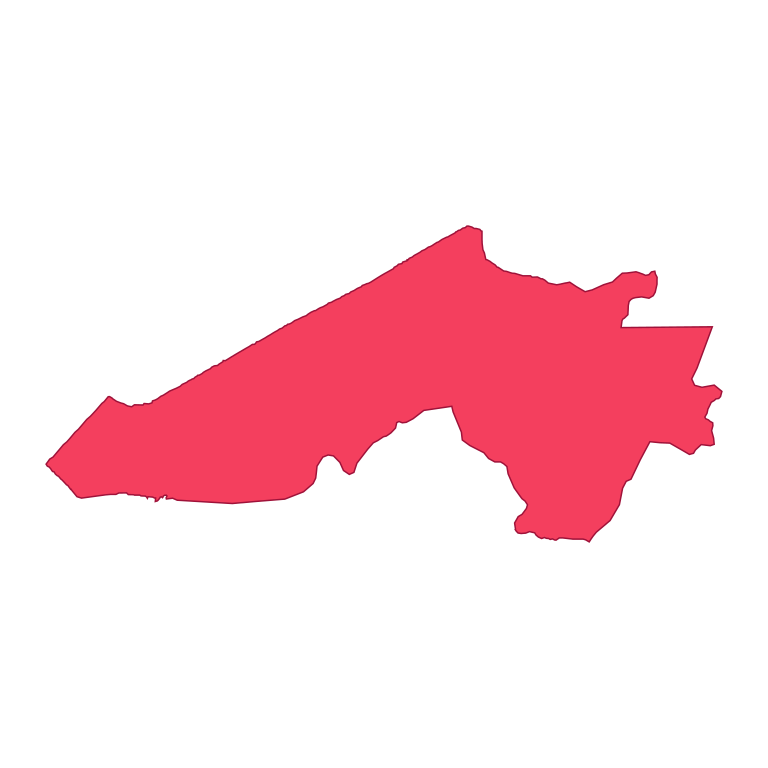 Niafunke, Timbuktu, Mali
{"feature_id": "8926073B8185774675652", "entity_name": "Niafunke", "entity_type": "district", "adm_level": 2, "iso_a3": "MLI", "parent_name": "Mali", "parent_adm1": "Timbuktu", "projection": "natural_earth1", "projection_center": [-4.268, 15.872], "detail": "fine", "context": "isolated", "style": "filled", "palette": "rose", "viewbox_px": 768, "rotation_deg": 0, "n_neighbors": 0, "source": "geoboundaries", "source_scale": "gbopen_adm2", "svg_char_len": 5589}
<svg xmlns="http://www.w3.org/2000/svg" viewBox="0 0 768 768"><path d="M714.2,385.1L702.0,387.3L694.6,385.3L691.7,378.9L697.0,368.1L712.3,326.8L621.1,327.6L622.0,320.6L622.9,319.0L624.4,318.1L627.9,314.7L628.0,312.1L628.1,310.7L628.3,305.5L629.1,301.5L631.0,299.4L632.9,298.3L635.5,297.6L641.6,296.9L647.9,298.0L649.0,298.2L653.2,295.7L655.2,292.2L657.0,284.2L657.0,280.3L657.1,277.3L655.8,274.8L655.4,274.0L654.8,271.2L651.5,271.9L651.0,272.4L648.9,274.7L645.6,275.4L643.4,274.4L642.8,274.1L640.7,273.4L639.2,272.8L636.0,271.8L627.0,273.0L622.3,273.2L616.5,278.2L612.5,282.0L603.7,284.7L592.2,289.9L585.1,291.7L578.5,287.9L576.3,286.6L569.7,282.2L565.5,283.1L565.4,283.0L560.1,284.2L556.7,284.8L552.4,283.9L548.3,283.1L544.9,280.2L542.4,278.8L541.0,278.8L537.5,277.0L532.2,277.2L530.5,275.8L522.9,275.8L514.8,273.4L512.1,273.2L509.5,272.4L506.6,271.4L505.2,271.2L503.7,271.0L501.3,269.4L498.1,267.3L497.1,267.2L495.5,265.3L495.0,264.8L492.1,263.0L489.9,261.3L487.1,259.8L485.8,259.5L484.4,253.0L482.9,249.7L482.7,248.0L482.4,245.5L482.1,243.1L482.1,241.9L482.0,239.8L482.0,233.2L482.0,231.2L481.1,230.9L480.9,230.7L480.5,230.2L479.8,229.4L477.8,228.9L476.2,228.5L474.2,228.5L472.0,227.1L468.6,226.1L466.9,226.1L465.3,227.6L462.7,228.2L460.3,230.0L458.4,230.4L456.5,231.8L455.8,231.9L454.9,233.0L450.2,235.5L447.7,237.0L446.6,237.2L442.1,239.4L440.6,240.4L438.4,242.0L437.0,242.4L433.7,244.5L432.1,245.6L430.2,246.6L428.4,247.1L425.0,249.5L421.9,250.8L420.1,252.2L416.2,254.4L415.7,254.6L414.0,255.6L413.4,256.1L412.4,257.0L409.3,258.3L408.7,259.0L408.2,259.7L407.1,259.7L407.1,260.7L405.8,261.1L405.1,261.3L404.1,261.6L402.7,262.1L401.9,263.6L398.4,264.3L397.2,265.7L395.0,266.9L394.2,267.3L393.4,268.7L391.6,269.7L390.2,270.5L385.9,272.9L385.1,273.3L381.5,275.4L377.9,277.6L371.6,281.6L370.8,282.1L368.5,283.3L366.7,283.7L365.0,284.5L362.2,285.5L361.4,286.7L357.4,288.4L354.1,290.5L350.7,292.0L349.2,293.5L347.9,293.8L345.6,294.4L344.3,295.6L341.8,296.6L340.2,298.1L336.5,299.5L332.3,301.7L331.7,302.2L328.4,303.1L327.2,304.4L322.9,306.8L320.4,307.7L318.5,308.7L315.6,310.6L314.4,310.7L313.3,311.2L310.9,312.3L308.0,314.2L306.2,315.7L302.8,316.9L298.0,319.3L294.7,320.6L291.5,323.0L289.6,323.9L289.1,324.1L287.7,324.2L286.8,325.1L286.3,325.6L285.1,325.7L283.7,326.8L282.2,328.1L279.6,329.0L277.4,330.6L275.3,331.7L272.9,333.1L270.9,334.4L268.5,335.8L267.9,336.1L265.1,337.9L262.4,339.4L261.7,339.8L258.9,341.4L256.5,341.9L255.7,343.2L254.6,344.3L252.4,344.4L248.9,346.7L246.2,348.2L240.2,351.7L236.1,354.1L231.6,356.8L227.6,359.3L225.3,360.7L223.2,360.5L222.9,361.7L220.2,363.4L219.1,364.1L218.8,364.3L217.5,365.5L215.4,365.7L214.2,365.9L213.4,366.3L212.9,366.6L212.3,366.9L211.7,367.2L210.4,368.7L205.8,370.9L203.3,372.4L202.2,373.5L199.2,375.2L197.8,375.2L197.2,375.9L194.8,377.4L193.9,378.5L192.0,379.1L190.6,380.0L189.9,380.2L188.2,381.1L186.6,382.4L182.2,384.4L180.2,386.3L176.2,388.3L172.6,389.8L169.6,391.1L167.4,392.6L163.3,395.2L160.8,396.3L157.7,398.7L155.3,400.0L152.5,400.9L152.0,402.8L150.9,403.2L148.7,403.9L144.1,403.5L143.0,405.0L134.4,404.8L131.8,406.7L130.3,406.5L127.4,405.9L123.6,403.7L120.9,403.0L116.5,401.3L112.9,398.9L112.0,398.0L109.6,396.6L108.2,396.7L104.2,401.6L101.9,403.4L95.9,410.4L92.2,414.4L90.3,416.4L86.8,419.4L78.4,429.3L75.0,432.3L69.4,439.0L66.8,441.9L63.4,444.7L61.5,447.0L53.0,457.1L49.7,459.1L47.6,462.1L46.3,463.8L46.1,464.2L46.7,465.1L47.2,466.0L48.2,466.6L48.9,466.8L50.6,468.6L51.8,470.5L52.6,471.5L53.9,471.7L54.7,472.9L55.4,474.1L57.4,475.8L58.5,476.2L60.8,479.0L62.1,480.0L64.9,483.0L66.6,484.9L67.7,485.3L68.4,486.3L70.7,489.4L71.0,489.2L72.3,491.0L77.0,496.7L81.5,498.1L85.2,497.6L105.8,494.8L110.5,494.4L115.9,494.4L118.8,493.0L126.6,492.9L128.3,494.6L128.9,494.6L133.1,494.7L133.8,494.8L134.5,495.1L139.8,495.1L141.0,495.9L145.4,496.1L146.5,496.9L147.4,498.3L148.0,496.7L152.7,497.1L154.7,498.1L155.6,498.0L155.6,498.4L155.3,501.5L157.4,500.9L157.8,500.5L158.2,500.1L159.8,498.1L159.9,497.9L160.2,497.2L160.6,497.1L161.3,496.8L162.5,497.7L163.1,496.9L163.2,496.2L164.4,495.3L166.4,495.2L167.0,496.0L166.1,497.9L166.4,499.0L172.6,498.2L177.2,500.2L232.3,503.5L241.2,502.7L242.8,502.6L255.0,501.5L284.8,499.1L303.5,491.8L310.1,486.1L313.1,483.5L315.7,478.1L316.4,472.2L317.0,466.2L319.9,461.6L322.8,457.1L328.1,455.0L333.5,455.9L339.9,462.4L343.5,470.5L349.3,474.4L353.9,472.4L356.9,463.2L367.7,449.2L373.3,442.8L377.7,440.6L383.5,436.7L386.2,436.1L388.5,434.6L391.0,432.8L395.5,428.1L396.2,425.1L396.7,422.6L399.0,421.5L402.3,422.8L406.3,422.3L413.1,418.7L423.7,410.5L423.8,410.4L451.8,406.3L453.1,411.9L461.4,432.1L462.3,440.0L469.8,445.5L483.9,452.7L488.6,458.5L494.8,461.9L500.5,461.9L503.6,463.7L506.9,466.5L508.1,473.8L514.2,487.9L520.2,496.3L522.0,498.7L525.1,501.1L527.5,504.8L526.4,508.5L522.1,514.3L518.2,516.6L514.6,523.0L515.5,529.2L515.2,529.5L516.2,531.1L518.0,533.0L521.1,533.5L525.8,533.1L529.5,531.6L532.4,532.3L534.7,532.8L536.0,535.0L538.3,537.0L541.6,538.5L544.4,537.5L546.3,538.3L548.7,538.5L550.2,539.4L552.5,538.9L554.7,540.0L556.1,540.1L559.3,537.9L562.6,537.9L572.8,539.1L583.1,539.1L585.6,539.8L589.2,541.9L591.0,539.1L593.1,536.1L596.3,532.2L610.1,520.5L619.4,504.7L622.6,488.2L626.2,481.3L631.0,479.2L640.3,459.7L649.9,441.7L660.0,442.7L669.8,443.1L680.1,449.0L689.4,454.4L693.5,453.3L695.4,450.0L701.2,444.6L710.3,445.7L714.2,444.3L713.6,438.1L711.6,430.6L712.9,425.7L712.7,422.8L710.0,421.3L708.3,419.8L705.8,418.8L704.8,417.1L707.0,413.3L707.9,409.1L709.8,405.3L711.2,402.3L714.4,400.4L715.9,398.9L718.7,398.5L720.5,396.6L721.9,391.4L714.2,385.1Z" fill="#f43f5e" stroke="#9f1239" stroke-width="1.5"/></svg>